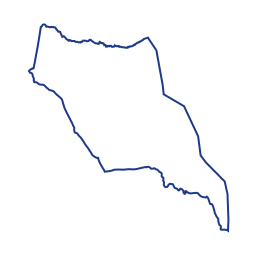 Massingir, Gaza, Mozambique (orthographic projection), rotated 177°
{"feature_id": "85939544B66771942168992", "entity_name": "Massingir", "entity_type": "district", "adm_level": 2, "iso_a3": "MOZ", "parent_name": "Mozambique", "parent_adm1": "Gaza", "projection": "orthographic", "projection_center": [32.187, -23.787], "detail": "fine", "context": "isolated", "style": "outline", "palette": "blue", "viewbox_px": 256, "rotation_deg": 177, "n_neighbors": 0, "source": "geoboundaries", "source_scale": "gbopen_adm2", "svg_char_len": 5777}
<svg xmlns="http://www.w3.org/2000/svg" viewBox="0 0 256 256"><g transform="rotate(177 128 128)"><path d="M33.5,20.2L32.5,31.1L32.1,56.8L34.2,69.5L52.0,89.5L56.9,96.8L58.4,116.1L70.9,146.8L90.6,159.8L91.1,168.9L95.6,204.1L103.4,217.2L107.6,216.0L108.7,215.0L109.6,214.5L110.0,214.4L110.8,213.9L111.6,213.7L111.7,213.4L112.0,213.2L112.3,213.3L112.4,213.1L112.8,212.9L113.3,212.9L113.6,212.7L114.2,212.7L115.5,211.7L115.8,211.6L116.0,211.5L116.2,211.2L116.6,211.3L116.8,211.0L116.8,210.8L117.1,210.7L117.6,210.4L118.0,210.5L118.4,210.0L118.7,210.0L119.2,209.7L119.3,209.8L119.5,209.7L120.2,209.4L121.5,209.2L122.0,209.4L122.2,209.2L123.0,209.1L123.1,208.7L123.5,208.6L123.9,208.3L124.1,208.5L124.2,208.3L124.5,208.4L125.0,208.2L125.4,208.2L125.6,208.2L125.9,208.4L126.1,208.4L126.4,208.5L126.8,208.4L127.0,208.6L127.9,208.7L128.5,208.9L129.4,209.0L129.6,209.1L130.0,209.0L130.3,209.3L130.7,209.4L131.1,209.4L131.3,209.5L132.3,209.5L132.4,209.9L132.5,210.1L132.9,210.1L133.1,210.3L133.4,210.1L133.7,210.3L134.1,210.2L134.8,210.4L135.2,210.3L135.3,210.4L135.7,210.4L136.3,210.8L136.7,210.7L136.9,211.0L137.4,210.1L137.6,210.0L138.0,210.2L138.3,210.1L139.3,209.8L140.0,210.0L140.2,210.4L140.5,210.7L140.5,210.9L140.6,211.0L141.3,210.7L141.6,210.8L141.8,210.7L142.0,211.0L142.5,210.9L142.8,211.0L143.0,210.7L143.6,211.0L143.8,211.0L144.1,210.7L144.5,210.9L144.8,210.5L145.0,210.7L145.4,210.6L145.6,210.5L145.7,210.8L146.2,211.3L146.1,211.5L146.3,211.7L146.3,212.0L146.9,212.0L146.7,212.3L146.8,212.4L147.6,212.8L147.8,213.2L148.1,213.4L148.1,213.8L148.5,214.0L149.2,214.2L149.4,214.2L149.6,214.0L149.8,214.0L150.4,214.4L151.0,214.6L151.3,215.1L151.4,215.4L151.7,215.5L152.1,214.9L152.3,214.0L152.6,213.7L152.8,213.7L152.9,213.9L153.2,213.6L153.4,213.6L153.6,213.9L154.0,213.9L155.0,214.2L155.5,214.1L156.0,214.3L157.6,215.3L158.5,216.1L159.8,216.9L160.1,217.6L160.8,217.8L161.4,218.2L161.9,218.0L162.2,217.5L162.5,217.4L162.7,217.1L163.5,216.7L164.8,216.9L165.3,217.3L166.0,217.4L166.4,217.5L167.1,217.4L167.8,217.6L168.4,217.6L169.0,217.1L169.1,216.7L169.9,216.3L170.4,216.4L170.5,216.0L170.8,215.8L171.6,216.3L172.8,216.0L174.0,216.7L175.5,216.7L176.0,216.9L176.3,217.3L176.7,217.3L176.9,217.6L177.1,217.7L178.6,217.8L179.5,217.6L179.9,217.8L180.5,218.4L181.3,218.6L181.4,218.8L181.7,218.9L181.9,218.9L182.0,218.3L182.5,218.2L183.1,218.6L183.6,219.3L184.1,219.4L184.4,219.8L185.2,220.3L185.7,221.4L186.4,222.0L187.1,222.9L187.5,223.0L188.8,222.4L189.1,223.3L189.4,223.8L189.4,224.1L189.6,224.5L189.7,225.0L190.3,225.7L190.5,227.1L190.7,227.5L191.6,227.9L192.3,227.8L192.7,227.9L192.9,228.5L193.4,229.0L193.6,229.6L194.2,230.0L194.5,230.7L194.7,231.0L195.2,231.9L195.5,232.1L195.6,232.3L195.8,232.4L196.7,232.3L197.0,232.4L197.3,232.7L197.5,232.8L198.5,232.7L198.9,233.0L199.2,232.9L199.3,232.8L199.8,232.8L200.1,232.9L200.4,232.7L200.9,232.7L201.6,233.1L202.3,233.2L203.2,233.6L203.7,233.6L204.2,233.4L204.6,234.0L205.0,235.1L205.4,235.5L205.9,235.7L207.1,235.8L207.6,235.6L208.1,235.2L208.5,234.4L209.2,233.8L209.5,233.3L209.8,233.3L211.5,225.2L213.9,214.2L219.0,193.0L219.3,192.5L219.8,192.3L220.0,192.3L220.3,192.6L220.6,192.5L221.1,192.0L221.3,191.8L221.9,191.7L223.0,191.0L223.6,190.4L223.9,190.0L223.7,189.8L223.3,188.9L223.0,188.4L221.7,188.0L221.3,187.7L220.9,187.2L220.4,185.8L220.4,184.8L219.5,182.5L219.4,181.6L219.7,180.8L219.6,180.7L219.2,179.7L219.4,179.1L219.4,178.9L219.2,178.7L218.8,178.6L217.3,178.5L216.9,178.3L216.4,178.0L214.7,176.6L213.8,176.1L212.5,175.8L210.9,175.7L210.5,175.6L209.5,175.1L208.3,173.9L207.3,172.6L206.0,171.6L205.0,170.4L203.5,169.7L201.9,169.3L201.1,168.8L200.3,168.6L199.1,166.9L197.7,165.4L196.8,164.5L196.3,164.0L195.7,163.5L194.9,162.6L194.1,162.0L192.9,160.6L192.4,159.5L191.9,157.9L191.3,154.9L191.0,154.1L190.8,152.9L190.1,150.6L188.1,145.8L185.9,141.1L185.5,140.3L184.7,138.2L183.8,136.4L182.8,133.6L181.7,131.3L181.7,130.9L181.7,130.1L181.8,129.6L181.9,128.8L181.8,128.2L181.3,126.3L180.7,126.0L179.2,125.4L178.8,125.0L177.6,123.1L176.7,122.0L176.0,121.3L175.0,119.9L172.9,116.4L171.5,113.7L168.9,109.9L167.2,106.8L166.2,105.4L165.4,103.5L164.8,102.7L164.3,102.2L162.6,100.8L160.8,99.8L160.3,99.7L159.9,99.9L159.4,99.8L159.0,97.5L157.9,94.5L155.9,90.4L154.3,87.6L153.6,86.0L153.5,85.6L148.8,85.9L147.7,86.1L145.6,86.5L144.2,87.0L143.5,87.1L139.5,87.0L134.3,86.6L130.9,86.8L128.3,86.8L126.4,86.5L122.7,86.4L113.4,88.0L112.0,88.0L111.5,87.8L111.0,88.1L109.9,88.2L109.3,88.1L108.7,87.8L108.0,87.2L107.0,86.1L105.0,86.1L104.2,86.4L103.5,86.3L102.7,85.6L102.0,85.2L100.8,84.8L99.5,83.3L99.1,82.7L97.7,81.9L97.0,81.3L96.8,80.8L96.7,80.2L96.9,78.2L96.8,77.7L96.3,77.1L95.5,76.7L95.4,76.5L95.2,76.1L95.4,74.6L95.6,74.1L95.6,73.4L95.2,72.9L94.9,71.8L94.9,71.5L95.2,70.5L95.2,69.4L95.0,68.8L94.7,68.1L94.2,67.5L93.6,67.0L92.5,67.0L91.9,67.2L91.3,67.7L91.0,68.4L90.5,69.1L89.2,70.1L88.8,70.1L88.5,70.0L87.7,69.6L87.1,69.8L86.9,69.8L86.4,69.6L85.9,68.9L85.5,68.2L85.4,67.5L85.1,66.8L84.6,66.1L84.2,65.6L82.7,65.0L81.8,64.4L81.6,64.2L81.3,63.4L80.8,63.0L80.3,63.1L80.0,63.3L79.7,63.5L79.5,63.9L79.2,64.3L78.8,64.7L77.6,64.2L77.2,63.8L76.4,63.0L76.2,62.6L75.8,60.3L75.4,59.7L74.9,59.3L74.4,59.4L74.1,59.7L74.1,60.0L74.2,60.8L74.1,61.5L74.0,61.9L73.7,62.0L73.4,61.9L72.8,61.5L72.6,61.0L70.6,59.9L69.7,59.6L68.8,59.4L68.0,59.4L65.6,59.6L63.2,59.7L61.9,59.3L61.6,59.2L60.4,57.7L59.7,56.8L59.2,56.3L58.1,55.7L57.3,55.3L55.1,54.7L54.2,54.5L53.8,54.6L53.1,55.3L52.6,55.1L51.7,53.8L51.5,53.3L50.1,48.1L49.8,47.8L49.6,47.7L48.3,47.6L47.6,46.6L47.2,45.5L46.9,44.1L46.2,41.5L45.8,38.9L45.3,37.6L44.6,35.8L44.0,34.7L43.7,34.1L43.1,33.4L42.6,32.6L42.7,31.5L42.6,29.8L42.2,27.6L41.7,26.4L40.9,25.7L40.4,25.1L40.4,23.8L40.8,22.6L40.7,22.1L40.5,21.7L39.9,21.5L37.4,21.5L35.1,21.1L34.2,20.8L33.5,20.2Z" fill="none" stroke="#1e3a8a" stroke-width="2"/></g></svg>